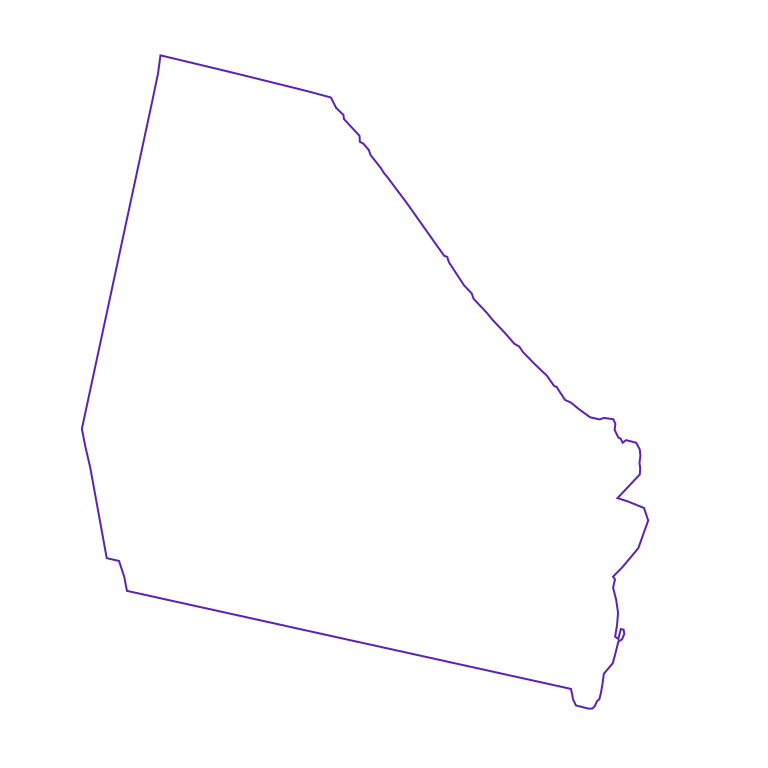 outline of N'Gourti, Diffa, Niger, rotated 282°
{"feature_id": "23599985B32057380818540", "entity_name": "N'Gourti", "entity_type": "district", "adm_level": 2, "iso_a3": "NER", "parent_name": "Niger", "parent_adm1": "Diffa", "projection": "orthographic", "projection_center": [13.567, 16.185], "detail": "fine", "context": "isolated", "style": "outline", "palette": "violet", "viewbox_px": 768, "rotation_deg": 282, "n_neighbors": 0, "source": "geoboundaries", "source_scale": "gbopen_adm2", "svg_char_len": 1374}
<svg xmlns="http://www.w3.org/2000/svg" viewBox="0 0 768 768"><g transform="rotate(282 384 384)"><path d="M120.5,660.2L127.5,660.4L135.7,660.1L146.4,659.3L158.3,665.8L166.8,666.3L181.0,666.8L183.6,669.9L189.5,671.0L193.6,669.4L193.5,666.6L183.3,666.2L184.9,662.6L196.5,662.1L208.9,660.5L221.1,656.0L232.4,650.4L240.8,650.6L243.2,648.1L254.8,655.5L276.4,666.9L305.4,670.8L316.8,664.1L317.2,661.6L319.9,646.6L320.9,636.1L348.7,653.0L354.9,652.1L359.9,650.3L367.1,649.7L373.1,647.8L379.0,642.9L379.4,632.5L376.2,629.6L379.7,626.9L380.3,624.4L387.1,619.1L393.1,618.6L397.2,615.7L396.6,606.2L394.2,602.4L394.3,592.5L399.8,580.2L404.8,570.4L406.0,564.5L414.5,555.9L417.0,553.6L417.5,550.7L426.1,541.5L430.0,534.9L435.2,526.7L444.0,513.4L448.8,508.4L450.5,503.0L458.8,492.1L469.0,477.3L475.2,469.5L485.9,454.0L490.9,450.9L497.0,441.9L516.7,422.1L521.5,419.4L521.9,416.2L532.9,404.2L548.1,387.8L565.8,368.6L578.1,354.5L587.3,344.0L590.2,340.2L594.6,336.0L605.2,323.2L609.7,320.5L614.7,314.0L615.9,310.0L621.6,308.5L634.8,289.8L638.8,288.3L644.2,279.7L653.2,272.5L654.5,248.0L657.1,170.7L659.0,97.0L641.0,98.4L611.7,98.5L277.3,97.8L261.1,104.7L241.5,113.9L156.0,149.0L155.8,161.6L141.6,169.9L128.2,175.6L124.6,630.2L120.0,632.4L114.9,634.4L109.5,638.6L109.0,652.0L110.0,655.5L112.9,657.2L117.9,658.2L120.5,660.2L120.5,660.2Z" fill="none" stroke="#5b21b6" stroke-width="2"/></g></svg>